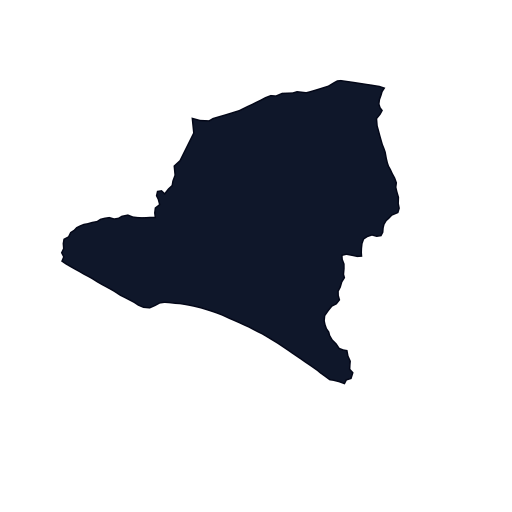 the district of Aquiraz, Ceará, Brazil, rotated 158°
{"feature_id": "56859067B18185438473519", "entity_name": "Aquiraz", "entity_type": "district", "adm_level": 2, "iso_a3": "BRA", "parent_name": "Brazil", "parent_adm1": "Ceará", "projection": "mercator", "projection_center": [-38.388, -3.948], "detail": "fine", "context": "isolated", "style": "filled", "palette": "ink", "viewbox_px": 512, "rotation_deg": 158, "n_neighbors": 0, "source": "geoboundaries", "source_scale": "gbopen_adm2", "svg_char_len": 2631}
<svg xmlns="http://www.w3.org/2000/svg" viewBox="0 0 512 512"><g transform="rotate(158 256 256)"><path d="M230.8,111.9L226.0,108.4L221.8,104.6L218.7,107.3L213.8,106.9L210.0,111.5L211.6,115.9L209.9,119.6L208.1,123.2L208.3,128.8L207.2,134.2L210.3,136.1L213.6,139.2L214.7,144.5L216.9,149.7L217.6,154.7L217.1,158.3L218.0,162.2L217.8,166.5L217.1,170.4L214.7,175.0L209.3,178.5L204.4,181.2L199.5,181.6L195.1,184.1L194.6,188.6L193.1,192.6L189.6,195.6L186.2,199.9L182.2,202.8L181.8,206.2L179.2,211.3L177.5,215.6L177.4,220.6L176.1,224.5L171.5,223.8L166.2,220.4L162.2,217.7L158.2,216.4L157.1,219.8L155.4,223.6L153.1,227.9L149.9,231.5L145.5,232.4L140.6,232.1L136.7,229.1L132.5,228.1L129.6,230.6L127.6,234.6L125.5,237.5L122.1,240.1L119.0,241.2L114.8,243.1L108.2,243.2L105.4,246.7L104.5,251.4L102.0,257.0L101.4,262.9L100.7,267.4L98.5,271.3L98.3,276.4L98.9,281.4L99.1,285.8L99.6,289.6L99.4,293.1L98.7,297.7L97.4,303.9L97.2,307.8L97.2,312.0L96.8,315.9L96.2,321.4L95.5,326.9L95.0,331.3L92.8,338.3L87.9,341.0L84.6,343.7L85.5,347.0L85.2,350.9L83.0,354.8L79.7,358.5L77.6,361.2L74.2,363.6L78.2,367.0L100.5,380.3L111.7,386.8L115.0,387.8L118.4,387.4L125.3,386.3L134.0,387.0L139.7,387.5L144.7,388.0L148.3,388.5L156.4,392.9L160.9,393.3L170.8,396.9L177.6,396.8L182.2,399.1L188.0,399.2L193.5,398.6L198.3,398.3L202.8,397.9L207.5,397.7L217.1,397.0L231.4,398.2L239.2,399.0L244.3,399.5L248.9,398.8L253.3,400.8L257.2,402.6L263.5,407.4L267.6,393.3L290.7,372.8L298.1,370.0L300.7,361.2L304.9,356.6L307.3,352.7L312.0,350.9L317.4,347.8L319.2,351.8L323.1,352.7L325.6,349.1L325.3,345.2L326.0,339.7L331.3,338.2L333.7,333.9L334.9,329.4L339.5,331.3L343.5,332.6L347.5,334.1L351.4,335.9L355.6,338.2L359.5,341.9L365.5,343.0L369.2,342.4L373.7,343.4L377.6,346.5L382.1,347.6L386.4,348.2L390.4,347.4L395.3,348.4L400.1,348.9L403.7,349.7L407.6,349.7L411.6,349.4L414.8,347.9L419.0,347.1L422.6,343.9L427.7,343.4L430.0,339.7L431.5,334.9L434.9,331.8L434.5,327.2L437.8,323.9L435.0,319.7L431.4,315.1L428.6,311.6L425.3,307.6L422.4,303.8L418.9,299.7L416.4,296.6L412.6,291.3L409.2,287.0L406.5,283.8L401.0,277.0L396.4,270.4L393.1,266.7L388.4,261.2L386.2,258.6L383.5,254.6L379.5,250.6L374.0,247.8L368.2,248.0L362.9,248.6L358.1,247.4L353.6,245.2L348.3,242.3L344.1,240.3L339.5,237.5L336.2,235.4L332.3,232.8L326.3,228.5L323.1,225.9L319.2,222.7L315.9,219.9L313.4,217.7L309.3,213.9L306.4,210.8L304.0,208.2L300.7,204.9L297.0,201.1L292.3,196.1L289.1,192.8L285.6,188.6L282.6,185.1L279.3,181.5L268.5,167.1L264.7,161.5L260.8,155.7L258.8,152.6L253.5,144.7L249.6,138.7L246.2,133.7L241.8,126.9L239.9,123.3L237.4,119.4L233.9,113.7L230.8,111.9Z" fill="#0f172a" stroke="#020617" stroke-width="1.5"/></g></svg>